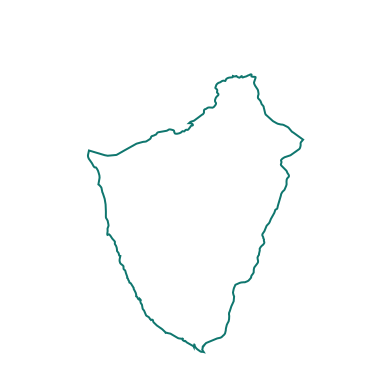 the State of Ceará, rotated 215°
{"feature_id": "BRA-621", "entity_name": "Ceará", "entity_type": "State", "adm_level": 1, "iso_a3": "BRA", "parent_name": "Brazil", "parent_adm1": "", "projection": "orthographic", "projection_center": [-39.568, -5.32], "detail": "fine", "context": "isolated", "style": "outline", "palette": "teal", "viewbox_px": 384, "rotation_deg": 215, "n_neighbors": 0, "source": "natural_earth", "source_scale": "10m", "svg_char_len": 5948}
<svg xmlns="http://www.w3.org/2000/svg" viewBox="0 0 384 384"><g transform="rotate(215 192 192)"><path d="M94.1,73.2L94.3,73.4L94.5,72.0L94.4,71.2L93.6,70.0L93.3,68.9L92.3,68.3L92.1,67.6L91.6,67.8L91.3,67.9L90.6,67.6L91.4,67.3L92.8,66.4L93.6,66.2L96.6,66.2L98.2,66.3L99.8,66.7L101.2,67.3L102.3,68.3L102.6,68.3L102.5,67.7L102.2,67.1L101.6,66.1L102.3,66.5L110.0,65.8L112.0,66.1L112.4,66.0L112.6,65.5L113.1,65.4L114.6,65.3L115.0,65.6L115.3,66.5L115.7,66.5L116.2,65.9L118.7,64.6L119.6,64.3L128.4,63.6L131.2,62.4L132.1,62.2L132.6,61.5L132.9,61.5L133.7,61.9L137.6,62.5L144.2,62.5L148.6,63.2L149.3,63.5L150.3,64.4L150.9,64.7L151.5,64.5L151.8,64.0L152.1,63.6L152.7,63.9L153.3,63.8L154.9,64.5L155.7,64.7L158.3,64.5L159.0,64.7L163.3,67.4L164.9,67.8L165.5,68.1L168.2,70.8L168.8,71.2L169.5,71.3L170.3,71.7L171.5,72.7L172.4,73.6L172.1,74.1L172.8,74.4L173.5,74.5L173.1,73.8L173.9,73.4L174.7,73.5L176.7,74.5L177.0,74.6L177.9,74.5L178.1,74.6L178.5,75.6L180.4,77.2L184.2,79.2L184.8,80.0L189.3,81.9L190.0,82.1L191.3,81.9L191.6,82.1L192.2,82.8L193.3,83.2L195.0,84.4L195.5,84.3L196.0,84.6L196.4,85.4L199.8,87.8L201.3,89.1L201.7,89.3L202.3,89.5L203.3,89.5L203.8,89.7L204.5,90.4L205.0,91.2L205.6,91.9L206.8,92.2L209.0,92.3L209.8,92.5L210.5,92.9L211.8,94.0L212.7,95.4L214.0,98.5L215.0,98.2L215.7,98.6L216.4,99.3L217.2,99.9L219.6,100.7L220.6,102.0L221.9,103.3L223.5,104.4L224.8,104.9L225.5,105.3L226.6,107.0L227.2,107.3L230.6,108.1L234.1,109.5L235.7,109.7L236.6,108.4L237.2,108.8L237.6,109.5L238.7,111.6L240.1,113.4L240.4,114.2L240.8,115.8L241.1,116.6L241.7,117.3L244.6,120.1L245.2,120.4L247.6,121.5L248.2,122.1L251.4,126.7L255.6,132.2L259.6,136.3L264.4,139.9L265.2,140.3L268.6,143.5L269.5,143.9L270.6,144.2L271.8,144.5L273.0,144.5L275.9,150.7L277.3,152.4L279.1,153.9L281.2,155.5L283.4,156.6L284.8,157.0L285.4,156.7L286.0,156.3L287.3,156.6L290.5,158.2L295.7,160.1L297.3,161.2L298.3,162.4L300.2,166.9L284.6,172.1L282.4,173.1L281.8,173.4L275.3,178.9L274.9,179.5L271.1,187.5L265.3,199.5L264.9,200.1L261.1,204.7L260.2,205.6L259.5,206.1L258.5,207.2L256.9,211.0L256.7,211.9L256.7,212.2L257.1,213.9L256.9,214.8L255.7,216.3L254.7,218.1L254.4,218.5L254.4,219.1L254.4,220.3L254.3,220.9L253.8,221.7L247.9,227.6L247.4,228.4L246.9,229.7L246.4,230.3L245.5,230.9L243.7,231.6L242.7,231.9L242.0,231.9L241.6,231.6L240.5,230.6L240.1,230.4L239.6,230.2L239.1,230.3L238.4,230.6L237.5,231.3L236.2,232.7L235.6,233.6L235.1,234.6L235.0,235.4L234.6,236.4L233.2,237.1L233.0,237.7L232.9,238.8L232.7,239.3L232.4,239.7L231.5,240.2L231.1,240.5L230.9,241.1L230.8,241.7L230.8,242.8L230.7,244.1L230.8,244.9L230.7,245.5L230.5,246.0L229.8,246.7L229.6,247.1L229.8,247.5L230.1,247.7L230.5,247.9L231.1,247.9L232.7,247.5L233.9,246.7L233.6,248.1L233.4,248.7L232.8,249.6L232.0,250.5L231.2,251.7L228.1,261.1L227.7,261.8L227.6,262.7L227.6,263.3L227.9,264.2L228.7,265.2L228.9,265.6L229.1,266.1L229.1,266.6L228.9,267.2L228.4,267.7L227.4,270.1L226.9,270.7L226.3,271.2L223.5,272.9L222.9,274.1L222.7,276.2L222.7,276.9L222.9,278.0L223.3,278.6L224.9,279.3L225.3,279.7L225.6,280.1L225.9,280.6L226.2,281.6L226.5,282.8L226.5,283.4L226.5,284.2L226.1,286.0L226.1,286.7L226.5,287.3L227.0,287.6L228.1,287.7L228.6,287.9L228.9,288.3L229.3,289.3L229.6,289.7L230.0,290.1L230.4,290.3L231.0,290.4L232.2,290.5L232.6,290.7L232.8,291.2L233.0,292.0L233.5,293.7L233.5,294.3L233.4,295.1L233.0,296.4L232.7,296.9L231.8,298.1L231.2,299.7L230.8,300.5L229.9,301.4L228.7,301.9L228.4,302.1L228.7,303.9L228.7,304.5L228.4,305.2L228.0,306.0L227.1,307.1L226.5,307.6L225.2,308.7L224.8,309.0L224.6,309.4L224.5,309.7L225.0,310.5L223.5,311.0L222.9,311.4L222.4,312.3L222.1,312.5L221.9,312.5L221.3,312.3L220.8,312.3L219.7,312.5L218.8,312.8L218.4,313.5L218.1,314.8L217.9,315.3L217.7,315.4L217.2,314.9L216.9,314.8L216.5,314.8L216.2,314.9L216.0,315.1L215.4,316.0L214.3,317.3L213.8,317.9L213.0,319.5L212.4,320.3L211.9,321.3L211.2,322.2L210.8,322.3L210.6,322.3L209.8,321.0L209.6,320.8L209.1,320.9L208.2,321.3L206.9,322.2L206.2,322.5L205.8,322.5L205.5,322.1L205.3,321.6L204.2,317.8L204.0,317.3L203.7,316.9L202.9,316.2L201.3,315.3L197.0,313.6L196.1,313.0L193.8,310.6L193.5,310.1L193.0,308.5L192.6,307.8L192.2,307.2L191.9,306.9L191.6,306.7L190.5,306.4L189.8,306.3L187.9,305.7L185.9,304.3L185.3,303.9L184.9,303.8L182.9,303.3L182.5,303.1L182.2,302.9L181.4,302.1L180.1,301.0L177.2,298.4L176.1,297.7L166.3,296.5L162.1,296.9L160.9,297.1L158.1,298.2L156.3,299.2L155.2,299.5L150.8,300.1L149.6,300.0L145.1,298.8L144.5,298.7L144.0,298.7L143.4,298.8L131.0,298.6L131.3,295.4L131.2,294.7L130.9,294.0L130.1,293.0L129.6,292.2L128.9,290.4L128.7,289.4L128.8,288.6L132.3,278.8L132.5,278.4L136.0,273.7L136.3,273.1L137.1,271.1L137.2,270.3L137.3,269.2L137.1,268.8L136.8,268.5L136.4,268.3L135.9,267.9L135.7,267.5L135.4,266.7L134.9,265.4L134.5,265.1L134.0,264.9L126.9,263.6L126.1,263.2L124.9,262.4L122.8,261.6L122.1,261.1L121.7,260.6L121.5,260.0L121.8,257.8L121.6,256.6L120.6,254.8L118.9,252.5L118.4,251.1L117.6,247.3L117.5,246.6L117.9,244.7L118.0,243.8L117.9,242.4L117.8,241.6L117.5,240.8L117.2,240.2L114.1,231.0L113.8,230.1L112.8,227.7L112.7,227.0L113.3,225.8L113.5,225.2L113.3,224.5L112.6,222.1L111.9,215.1L111.2,212.2L111.0,210.7L111.5,207.3L111.4,206.6L110.2,201.3L110.2,198.7L110.1,197.8L109.7,197.0L109.2,196.6L107.7,195.8L107.0,195.0L105.8,194.4L105.1,193.2L103.9,192.3L103.5,191.4L103.5,189.7L104.0,187.9L104.2,186.2L104.0,184.3L102.9,182.9L101.8,180.1L101.1,178.9L101.1,177.6L100.8,176.0L99.9,174.9L98.3,173.4L97.7,172.4L97.5,171.2L97.7,165.9L97.3,164.8L96.9,163.9L95.3,161.4L95.2,159.6L95.3,157.8L95.0,156.6L94.5,155.8L94.6,154.2L94.9,151.8L95.4,150.7L96.9,148.4L98.4,147.3L99.8,146.1L100.8,144.9L103.2,140.9L102.5,137.3L102.1,136.2L100.8,133.2L100.0,132.4L99.0,131.5L97.6,130.6L95.2,126.4L94.2,120.9L92.7,116.1L92.3,114.3L91.6,113.1L90.4,111.8L88.7,109.1L87.8,107.0L87.6,105.1L87.3,103.2L87.0,102.4L85.9,99.6L84.9,97.9L83.8,95.1L83.8,93.6L84.2,91.9L84.4,90.6L85.0,89.1L87.4,86.5L93.7,76.6L93.9,76.1L94.1,73.8L94.1,73.2Z" fill="none" stroke="#0f766e" stroke-width="2"/></g></svg>